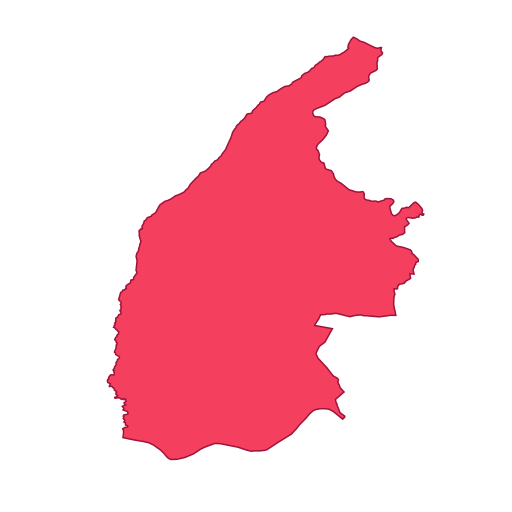 outline of Espinal, Tolima, Colombia, rotated 77°
{"feature_id": "7082276B91766477501685", "entity_name": "Espinal", "entity_type": "district", "adm_level": 2, "iso_a3": "COL", "parent_name": "Colombia", "parent_adm1": "Tolima", "projection": "robinson", "projection_center": [-74.907, 4.169], "detail": "fine", "context": "isolated", "style": "filled", "palette": "rose", "viewbox_px": 512, "rotation_deg": 77, "n_neighbors": 0, "source": "geoboundaries", "source_scale": "gbopen_adm2", "svg_char_len": 6080}
<svg xmlns="http://www.w3.org/2000/svg" viewBox="0 0 512 512"><g transform="rotate(77 256 256)"><path d="M64.7,111.9L66.6,114.7L70.4,118.2L73.1,119.5L74.4,118.9L77.2,124.3L77.9,127.0L78.7,128.8L78.8,131.6L78.2,133.4L78.5,136.0L77.7,140.1L77.8,141.9L77.2,143.8L79.4,146.1L80.9,148.8L81.3,150.4L82.4,152.2L83.6,155.4L85.4,157.0L85.9,159.9L86.8,160.8L88.5,163.6L89.1,167.7L90.7,170.9L92.0,171.5L92.6,172.2L94.8,180.9L96.5,182.7L97.6,185.5L97.3,189.8L98.4,193.7L100.6,199.1L100.6,202.6L102.0,207.3L103.6,210.1L106.9,213.3L107.0,216.8L107.4,217.4L108.9,218.6L109.4,220.0L111.3,222.2L113.8,226.7L116.0,228.0L115.6,231.6L115.8,233.0L119.1,236.1L120.6,238.5L121.6,240.9L123.0,242.2L124.1,244.6L125.1,246.0L126.5,246.7L128.1,248.9L130.3,251.0L134.2,253.2L145.7,262.0L148.8,265.9L150.6,267.4L152.2,270.4L153.6,271.7L154.3,275.1L155.5,276.2L156.7,278.9L158.0,279.7L158.6,280.5L161.1,284.6L161.9,286.5L162.6,291.6L165.4,294.3L166.5,296.6L171.3,303.8L174.5,306.8L176.0,309.7L177.5,311.7L178.7,316.6L179.3,321.2L181.1,325.4L182.1,329.8L182.2,332.4L184.4,337.8L185.1,338.7L191.3,344.2L192.8,348.5L193.8,349.3L194.1,353.2L196.3,355.5L196.8,357.1L198.9,358.1L201.5,360.5L203.7,360.4L203.9,360.8L203.5,361.9L204.7,362.7L204.5,363.5L204.7,364.0L206.1,364.5L208.2,364.6L209.4,365.2L216.3,364.9L218.4,366.6L219.3,366.7L222.6,368.7L224.5,369.3L226.6,371.5L229.3,372.9L234.1,373.0L242.9,376.1L245.5,375.6L249.4,380.1L251.3,380.5L251.6,381.3L251.2,382.4L251.4,383.4L253.9,384.4L254.9,387.5L255.8,389.2L256.7,389.7L258.5,389.7L258.6,390.7L259.5,391.7L259.2,393.3L260.7,394.7L261.1,396.1L267.5,399.6L268.4,399.4L270.4,397.9L271.2,397.9L271.8,398.1L272.7,399.1L274.5,398.5L275.3,399.2L277.0,399.2L278.7,401.0L279.4,400.2L282.1,400.6L282.3,402.8L284.4,404.7L285.0,406.6L286.4,406.8L287.5,407.4L288.8,407.4L289.5,408.0L289.4,408.6L291.1,408.6L291.6,409.8L292.9,409.9L293.4,410.8L294.7,409.4L296.0,409.0L296.5,408.2L297.8,407.8L299.2,406.7L300.9,407.6L301.9,409.3L303.2,409.7L303.8,411.1L305.7,412.5L307.7,411.4L308.8,411.6L309.6,410.9L310.1,410.9L311.5,412.3L314.1,413.0L317.8,415.6L318.7,414.8L320.4,414.9L323.2,412.0L324.2,411.8L324.9,412.3L325.7,414.3L326.9,414.7L328.5,416.5L329.9,416.3L332.5,419.0L333.6,419.2L334.6,420.8L335.5,420.8L336.0,420.0L336.9,420.6L338.5,420.4L339.6,420.8L340.0,421.5L339.1,423.4L339.3,424.8L341.1,426.8L342.9,427.5L343.1,428.4L344.3,428.9L345.9,428.9L347.7,426.6L348.3,426.8L349.4,428.1L350.2,428.2L350.5,425.9L351.9,425.2L352.9,424.1L354.8,424.2L356.5,422.6L357.2,422.4L357.8,422.6L358.1,423.5L358.8,423.6L359.6,423.4L360.8,422.2L361.9,424.0L362.0,425.4L362.5,425.6L363.0,424.7L363.3,421.1L365.5,419.3L365.6,418.6L365.0,417.5L365.3,417.1L366.4,416.8L366.0,415.6L366.2,415.2L368.4,415.3L369.3,417.6L370.2,417.6L371.7,416.5L372.4,420.1L374.7,419.0L376.1,420.2L378.6,416.2L380.7,416.1L381.2,416.6L381.2,420.8L382.4,421.4L383.2,420.9L384.2,421.9L385.2,421.6L386.3,420.7L387.0,420.9L387.9,422.0L388.5,421.8L389.0,420.8L391.3,421.2L392.3,419.5L393.4,419.2L393.8,419.8L393.5,422.0L394.3,424.7L395.0,424.8L395.7,424.3L398.8,424.9L403.0,426.5L407.8,416.2L411.7,406.8L413.9,402.4L417.2,398.3L423.7,392.6L427.4,390.2L432.0,387.9L434.0,386.3L435.1,384.6L436.3,378.9L436.3,370.5L434.7,361.3L431.9,353.9L430.9,349.9L429.4,338.8L429.6,337.4L430.9,332.8L438.2,316.7L443.0,308.8L445.1,304.7L445.7,300.4L446.8,295.7L447.3,291.4L447.2,288.9L442.6,276.6L437.5,261.6L433.5,255.6L430.1,251.4L425.1,243.5L421.9,239.4L419.6,235.1L419.0,231.8L419.3,227.5L420.2,223.7L421.1,220.8L422.2,218.7L425.0,215.6L434.5,208.2L433.0,205.9L432.1,205.5L427.3,209.5L422.7,210.0L420.1,210.6L417.8,210.4L416.6,211.0L413.6,210.8L408.3,200.8L403.2,203.7L401.0,203.8L397.8,204.6L396.7,204.4L395.6,203.6L394.4,203.7L393.3,204.3L390.3,207.6L389.1,208.3L381.0,212.0L369.5,218.6L365.0,219.5L363.9,219.2L358.8,215.0L357.8,213.7L355.5,208.3L344.0,197.9L336.9,214.4L335.9,213.8L331.3,208.9L327.8,206.4L328.5,202.6L328.5,199.3L329.3,197.0L329.7,191.8L330.2,190.1L336.3,178.1L336.2,173.4L336.7,168.9L337.2,166.5L338.4,164.6L339.1,161.7L343.0,149.7L344.1,138.0L345.3,133.1L334.3,132.8L327.9,131.1L325.8,130.2L324.5,129.2L321.8,129.4L319.0,128.8L319.8,126.2L319.7,125.5L316.9,124.5L316.7,123.6L315.8,122.9L316.0,117.8L314.9,116.9L314.8,116.0L314.2,115.8L312.7,110.4L307.9,110.1L309.2,106.1L304.3,106.0L302.7,104.4L300.8,103.6L300.1,102.3L298.2,101.7L297.9,99.2L295.9,98.6L289.8,102.2L289.1,103.2L286.1,103.4L284.6,104.4L280.8,110.5L278.0,116.6L276.7,117.8L272.2,120.8L269.3,121.7L268.9,121.3L269.7,118.2L269.1,117.3L269.0,114.5L267.8,111.3L268.0,108.4L267.2,107.0L267.0,106.0L260.8,104.6L260.8,103.7L259.5,100.7L258.5,99.5L254.6,101.2L253.6,101.2L253.0,100.8L252.7,100.0L252.8,98.9L254.5,94.7L254.7,91.8L254.1,90.1L254.8,89.1L254.7,88.5L253.1,87.9L252.3,87.0L252.4,86.3L253.7,84.9L253.8,83.6L252.7,83.1L252.1,84.4L251.1,84.6L249.1,83.4L247.0,83.7L242.6,86.0L239.9,87.9L239.5,88.3L239.4,89.3L239.5,90.0L243.1,96.0L243.1,96.9L242.3,98.5L242.8,99.9L242.4,103.1L246.1,106.6L247.8,110.3L247.9,112.2L247.0,113.5L245.5,114.4L238.6,114.8L237.2,113.7L235.8,111.1L234.6,109.9L233.9,109.4L232.3,109.7L230.6,111.5L229.5,115.4L229.3,117.3L230.3,118.4L230.8,124.8L229.4,126.9L228.7,131.0L227.2,133.2L226.3,135.7L224.8,137.3L223.4,137.6L220.4,136.6L219.5,136.6L218.1,136.9L217.3,137.5L216.9,141.3L215.9,144.4L212.2,150.6L204.9,156.2L201.2,160.1L199.0,161.4L196.2,162.1L193.5,162.0L189.8,163.4L187.1,168.1L186.4,168.7L180.8,168.9L179.1,171.5L176.0,172.7L173.6,172.3L171.5,171.3L167.0,171.9L165.5,173.0L164.0,172.8L162.0,171.5L160.6,169.9L157.9,165.2L154.1,160.3L150.3,157.3L145.6,159.2L142.8,158.4L138.7,158.2L137.4,159.2L135.0,162.4L133.7,166.7L133.0,167.6L132.0,168.3L129.8,168.6L128.6,168.4L127.3,167.6L126.6,166.4L126.0,164.2L124.7,154.9L120.5,143.5L119.9,138.8L117.0,133.0L116.4,126.8L113.6,119.5L112.6,114.5L112.3,110.1L111.5,107.9L110.8,106.6L109.9,106.1L107.5,106.0L105.9,105.6L103.6,103.4L102.2,97.5L101.2,95.8L94.6,94.6L93.1,93.5L90.4,92.9L89.8,92.3L88.0,88.0L86.7,87.0L84.2,88.0L82.3,87.6L81.2,86.9L80.8,88.6L81.1,90.6L79.4,93.8L72.2,102.5L70.0,106.3L67.1,108.9L64.7,111.9Z" fill="#f43f5e" stroke="#9f1239" stroke-width="1.5"/></g></svg>